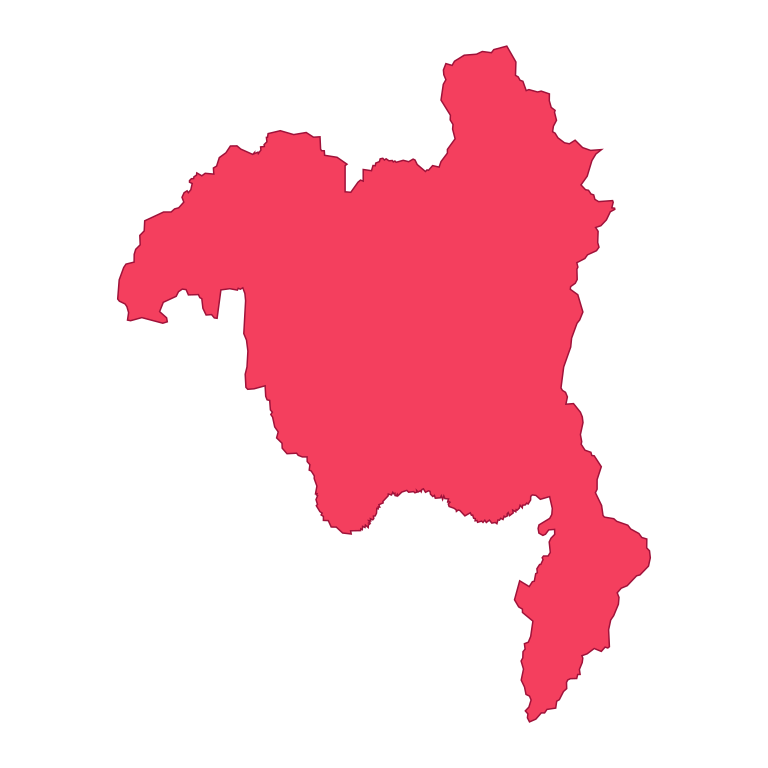 the district of Thung Song, Nakhon Si Thammarat, Thailand
{"feature_id": "78962969B2531694567463", "entity_name": "Thung Song", "entity_type": "district", "adm_level": 2, "iso_a3": "THA", "parent_name": "Thailand", "parent_adm1": "Nakhon Si Thammarat", "projection": "natural_earth1", "projection_center": [99.635, 8.081], "detail": "fine", "context": "isolated", "style": "filled", "palette": "rose", "viewbox_px": 768, "rotation_deg": 0, "n_neighbors": 0, "source": "geoboundaries", "source_scale": "gbopen_adm2", "svg_char_len": 6109}
<svg xmlns="http://www.w3.org/2000/svg" viewBox="0 0 768 768"><path d="M351.2,534.0L350.6,530.8L360.6,530.6L360.8,528.8L362.3,529.6L362.6,526.4L365.0,527.5L365.4,525.1L368.2,527.5L368.4,525.1L370.0,523.7L368.6,523.0L369.9,522.2L368.7,520.6L370.7,520.9L370.4,518.7L372.8,519.8L373.8,518.6L373.4,516.1L375.2,515.9L376.5,513.2L376.8,508.4L378.2,508.8L378.2,506.9L379.7,507.1L378.9,504.7L383.1,502.9L382.9,501.4L388.1,495.9L388.3,494.0L391.5,495.0L392.8,492.3L393.8,493.8L394.9,493.3L395.0,495.5L396.5,495.9L397.3,494.4L397.8,495.9L401.9,492.0L406.8,490.4L408.6,492.2L413.6,491.6L414.9,492.8L417.0,492.1L416.7,490.5L418.1,492.0L420.5,490.7L421.2,491.8L421.9,489.5L423.4,488.8L425.5,492.3L428.6,490.8L430.0,491.4L430.5,494.2L432.8,496.5L434.4,495.4L435.3,498.2L440.4,497.8L441.3,495.8L442.6,499.5L443.8,496.0L444.9,498.6L448.5,498.9L447.4,502.6L448.5,501.3L450.0,502.2L448.3,504.0L449.1,506.5L453.9,508.2L456.1,509.7L456.4,511.4L458.2,510.0L459.9,510.5L464.9,515.9L470.3,512.8L471.4,515.2L472.7,515.1L473.6,518.2L475.3,518.6L475.1,520.8L477.0,520.5L477.6,522.3L481.6,521.1L483.0,522.4L484.8,520.2L486.3,522.5L489.4,520.1L491.8,523.1L495.2,522.5L496.9,523.7L498.0,519.9L499.5,520.2L500.7,518.3L503.0,519.5L504.1,516.2L505.1,517.0L507.5,515.8L507.1,514.0L508.2,512.6L509.5,515.7L513.2,512.9L512.7,510.1L515.8,511.8L516.2,509.6L517.3,510.1L519.3,508.1L520.1,505.3L522.3,507.8L522.6,505.2L525.3,504.9L526.7,503.1L528.1,504.0L530.6,500.0L530.7,496.4L532.3,494.9L535.9,495.4L540.3,499.3L549.6,496.6L552.3,508.4L551.8,514.5L549.7,518.4L539.0,524.9L538.1,528.4L538.9,533.1L542.9,535.4L545.5,534.2L548.7,529.9L554.6,529.4L554.7,534.4L551.0,538.2L549.2,542.0L550.3,552.4L548.1,556.0L543.5,556.0L542.2,557.7L543.0,559.7L540.8,564.4L539.6,564.5L536.9,568.7L537.3,572.8L535.7,573.7L534.3,581.2L532.4,581.7L529.2,586.6L519.7,580.8L514.5,599.8L518.7,606.9L522.4,609.1L522.5,612.5L532.9,621.1L530.7,636.4L528.3,642.2L524.4,643.7L525.1,649.1L523.0,651.7L522.8,657.9L521.1,661.0L523.5,669.1L521.2,680.1L524.5,687.0L526.0,694.4L529.5,696.1L531.1,700.0L528.9,707.1L525.3,710.9L527.9,713.9L527.4,717.8L529.5,721.9L535.9,719.1L541.3,712.9L544.6,712.9L547.0,709.4L555.7,708.1L556.7,701.2L559.3,699.7L563.5,691.5L566.7,688.6L566.5,682.4L567.7,680.0L570.3,678.7L576.7,678.5L577.7,674.5L580.1,674.4L579.4,669.4L582.2,662.6L582.8,658.1L581.9,655.7L587.2,653.8L594.2,648.5L601.3,651.4L605.1,647.1L607.8,648.0L609.4,646.7L608.6,629.8L610.7,620.0L613.7,615.6L618.4,604.3L619.0,597.4L617.2,592.8L621.2,588.2L627.2,585.7L636.6,575.8L640.0,574.9L648.5,566.1L650.3,557.8L649.5,550.8L646.7,547.9L646.8,539.0L641.8,537.5L638.9,533.5L630.7,529.0L627.8,525.2L616.7,521.3L613.8,518.7L604.4,517.1L603.0,515.4L601.6,505.5L595.4,492.7L597.1,489.2L597.1,479.6L601.3,466.7L594.2,455.8L591.8,455.5L590.9,452.3L585.0,450.2L581.2,444.3L581.7,441.6L580.4,434.6L583.0,422.6L582.3,416.9L580.4,412.2L573.5,403.6L565.9,404.2L567.4,396.9L565.5,392.3L562.4,390.4L561.0,387.9L563.7,366.9L570.7,347.1L571.6,338.1L577.0,323.3L579.7,319.9L582.9,312.0L577.8,294.7L570.3,289.3L570.6,286.6L575.3,283.2L577.2,279.5L576.9,269.2L577.9,267.1L576.8,262.7L584.9,258.5L587.5,254.8L596.5,250.7L599.0,247.2L597.7,242.5L598.1,231.3L595.6,227.5L600.9,225.7L606.4,219.9L610.3,211.8L614.8,209.3L614.6,208.2L611.8,207.8L613.2,202.3L612.6,200.6L598.6,201.6L594.9,199.4L593.7,194.9L591.0,194.0L588.5,190.3L585.5,189.7L581.0,184.9L587.2,176.2L591.9,160.6L595.9,154.0L601.5,149.6L590.6,150.4L582.6,147.6L575.1,140.2L569.4,143.8L564.5,142.8L557.9,137.8L555.1,133.2L552.6,131.7L553.4,126.2L556.5,120.3L554.5,112.3L555.1,110.4L551.2,107.4L549.3,100.7L549.4,93.9L541.2,91.1L537.6,92.0L528.9,89.6L526.2,90.6L522.9,81.3L520.0,80.2L518.2,76.9L515.5,75.4L515.9,62.0L506.8,46.1L493.8,49.6L491.4,52.7L482.3,51.5L476.5,54.2L464.2,55.2L454.5,61.2L452.1,65.4L445.9,63.6L443.4,70.0L443.8,74.7L445.9,79.7L443.3,84.3L441.0,100.1L450.4,115.2L450.2,119.9L453.0,124.5L452.6,129.1L455.1,138.8L447.4,149.4L447.4,153.1L441.0,161.6L439.1,167.1L432.6,165.6L428.5,170.3L427.0,169.9L425.4,171.5L417.2,164.5L415.0,160.0L413.1,159.1L408.7,161.7L403.2,160.3L396.2,162.3L394.9,161.0L393.3,161.9L392.3,160.5L389.0,160.8L386.1,158.8L384.4,160.0L382.8,158.3L380.2,158.8L379.4,161.6L375.7,163.1L375.3,165.7L373.0,165.5L371.5,170.7L363.2,169.5L363.2,181.1L360.5,180.1L358.0,182.2L350.8,192.3L345.1,191.8L345.1,165.6L347.0,164.2L337.1,157.3L324.6,155.3L324.3,150.8L321.6,150.7L320.6,149.2L320.0,136.8L313.5,137.2L306.2,132.5L293.7,134.6L280.3,130.7L268.1,133.6L267.5,137.3L266.4,137.4L266.9,141.8L264.1,144.6L264.4,146.5L260.6,146.9L260.9,150.1L258.3,153.6L257.9,152.2L254.2,153.7L254.4,152.6L252.7,154.4L240.8,149.1L237.0,145.9L230.4,146.0L225.9,152.8L219.3,157.6L216.6,166.1L213.4,168.0L213.8,174.1L205.2,173.3L201.8,175.8L196.8,172.9L196.4,175.3L194.0,176.7L193.6,178.6L191.4,178.7L189.5,180.6L189.5,182.2L192.2,183.5L190.8,189.8L188.3,192.7L187.1,190.8L184.1,192.7L182.0,197.3L183.8,202.1L178.7,207.8L174.6,208.9L171.1,212.0L163.6,212.0L144.7,220.8L144.2,230.9L139.8,235.4L140.2,244.8L135.7,249.3L134.2,254.3L134.1,262.1L126.0,264.1L123.7,267.5L119.2,279.8L117.7,299.0L119.4,301.2L125.0,303.9L126.9,306.6L128.6,312.6L127.5,320.1L130.6,320.7L141.8,317.6L162.8,323.2L167.3,321.8L166.6,317.8L159.6,311.6L163.3,302.3L176.2,296.3L178.5,291.7L182.3,289.1L186.1,289.6L188.4,294.9L198.4,294.6L199.8,297.6L201.8,298.7L202.9,308.3L206.1,315.0L211.6,314.6L214.3,317.9L217.1,318.3L220.9,289.9L229.8,288.7L237.4,290.1L238.2,288.3L240.4,289.2L242.8,287.8L244.9,293.5L245.6,300.7L243.8,333.6L246.5,340.1L247.9,351.2L247.0,366.9L245.2,374.2L245.9,387.3L247.7,389.3L254.1,388.8L265.1,385.8L265.7,396.3L267.1,399.8L269.7,400.4L270.4,409.9L272.3,412.2L270.8,414.5L272.6,417.1L274.7,426.9L278.2,431.9L276.6,437.9L282.0,443.2L282.2,448.2L287.0,453.7L296.6,453.2L298.2,455.3L302.3,456.9L307.1,456.9L307.2,461.6L309.9,464.7L309.2,470.1L311.2,471.0L314.3,475.9L314.2,478.6L316.9,486.1L315.5,493.8L317.0,493.7L316.4,494.8L317.6,495.7L316.0,499.6L317.5,504.4L316.3,505.7L319.9,511.6L322.1,513.1L321.1,514.9L323.4,516.4L323.4,520.4L328.3,520.6L331.2,527.0L336.3,527.1L342.6,533.0L351.2,534.0Z" fill="#f43f5e" stroke="#9f1239" stroke-width="1.5"/></svg>